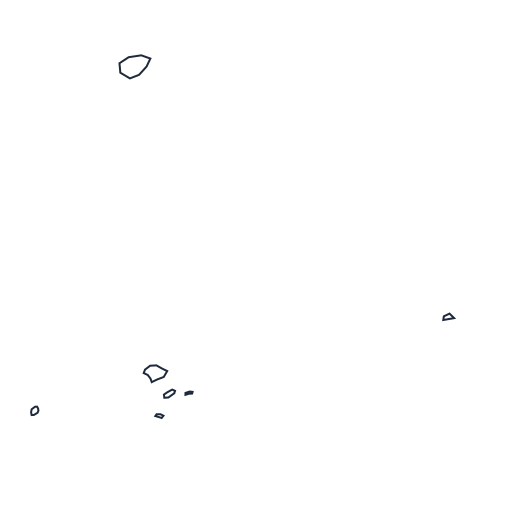 the border of La Digue and Inner Islands, rotated 97°
{"feature_id": "SYC-5212", "entity_name": "La Digue and Inner Islands", "entity_type": "state/province", "adm_level": 1, "iso_a3": "SYC", "parent_name": "Seychelles", "parent_adm1": "", "projection": "mercator", "projection_center": [55.767, -4.192], "detail": "fine", "context": "isolated", "style": "outline", "palette": "slate", "viewbox_px": 512, "rotation_deg": 97, "n_neighbors": 0, "source": "natural_earth", "source_scale": "10m", "svg_char_len": 853}
<svg xmlns="http://www.w3.org/2000/svg" viewBox="0 0 512 512"><g transform="rotate(97 256 256)"><path d="M90.6,413.0L81.3,415.0L74.2,406.6L70.8,394.3L72.9,384.9L81.3,387.7L90.4,394.1L95.1,402.8L90.6,413.0ZM381.0,330.1L387.3,332.8L390.7,339.2L393.9,344.1L390.5,345.8L387.3,348.9L385.9,353.2L382.3,352.3L377.8,347.7L376.7,341.5L379.3,335.2L381.0,330.1ZM399.7,319.9L402.2,320.4L407.1,325.7L407.9,329.7L404.8,330.5L402.2,327.6L398.8,322.9L399.7,319.9ZM436.0,453.1L438.2,453.7L440.8,457.0L441.2,459.3L438.5,460.2L435.5,460.0L432.5,456.9L432.2,455.0L433.9,453.7L436.0,453.1ZM293.5,51.8L296.7,62.3L293.0,62.2L289.6,56.9L293.5,51.8ZM425.8,328.4L428.3,329.9L427.7,332.9L427.1,336.4L425.2,335.4L424.7,331.6L425.8,328.4ZM398.6,302.4L400.3,302.6L400.9,305.8L402.4,309.1L400.5,309.3L398.6,305.3L398.6,302.4Z" fill="none" stroke="#1e293b" stroke-width="2"/></g></svg>